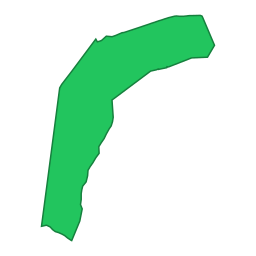 the district of San Miguel Tecomatlán, Oaxaca, Mexico
{"feature_id": "50627088B83273926369919", "entity_name": "San Miguel Tecomatlán", "entity_type": "district", "adm_level": 2, "iso_a3": "MEX", "parent_name": "Mexico", "parent_adm1": "Oaxaca", "projection": "equal_earth", "projection_center": [-97.281, 17.371], "detail": "fine", "context": "isolated", "style": "filled", "palette": "green", "viewbox_px": 256, "rotation_deg": 0, "n_neighbors": 0, "source": "geoboundaries", "source_scale": "gbopen_adm2", "svg_char_len": 1222}
<svg xmlns="http://www.w3.org/2000/svg" viewBox="0 0 256 256"><path d="M59.7,87.9L48.2,175.6L41.5,226.3L46.5,225.2L50.1,226.9L52.6,229.6L55.3,231.6L58.6,232.6L62.0,234.1L64.7,235.6L67.6,238.0L71.4,240.5L71.7,240.6L79.8,221.0L82.2,208.9L80.5,204.6L81.2,199.5L81.2,193.7L81.8,189.8L82.7,186.1L86.1,181.9L87.6,175.8L88.0,170.3L90.2,166.5L92.7,163.0L95.9,157.6L99.1,153.3L98.8,146.7L101.2,142.8L104.1,138.6L106.3,134.0L109.2,128.8L111.2,125.9L112.5,121.7L113.2,117.3L112.0,100.0L150.6,71.1L156.4,69.8L158.2,69.0L158.4,69.4L166.7,67.7L167.0,67.5L167.0,66.7L168.6,66.9L191.6,57.9L207.5,57.2L214.5,45.3L202.6,17.3L202.0,16.1L200.3,15.4L196.6,15.5L192.0,15.6L190.9,15.6L189.7,15.6L188.6,15.7L186.4,16.0L184.2,16.2L183.9,16.3L182.4,16.3L180.7,16.3L179.5,16.3L176.5,16.0L174.6,16.2L172.5,16.7L172.2,16.8L168.5,17.7L168.2,17.8L166.1,18.5L165.7,18.6L165.0,18.8L163.6,19.3L162.1,19.8L160.6,20.3L159.1,20.7L157.1,21.4L156.8,21.5L156.7,21.5L154.6,22.3L153.5,22.6L152.4,23.0L151.3,23.3L150.3,23.7L149.2,24.1L143.2,26.1L140.9,26.9L124.9,32.2L124.2,32.4L123.3,32.6L122.1,32.7L115.6,35.5L112.1,36.7L106.3,36.2L101.5,40.5L99.3,41.3L97.3,41.8L95.8,39.1L72.0,71.0L61.7,84.4L59.7,87.9Z" fill="#22c55e" stroke="#15803d" stroke-width="1.5"/></svg>